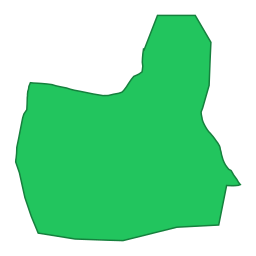 the district of Belle Vue, Gros Islet, Saint Lucia
{"feature_id": "8701671B15632424418996", "entity_name": "Belle Vue", "entity_type": "district", "adm_level": 2, "iso_a3": "LCA", "parent_name": "Saint Lucia", "parent_adm1": "Gros Islet", "projection": "natural_earth1", "projection_center": [-60.943, 14.085], "detail": "fine", "context": "isolated", "style": "filled", "palette": "green", "viewbox_px": 256, "rotation_deg": 0, "n_neighbors": 0, "source": "geoboundaries", "source_scale": "gbopen_adm2", "svg_char_len": 1414}
<svg xmlns="http://www.w3.org/2000/svg" viewBox="0 0 256 256"><path d="M108.7,240.2L123.0,240.6L176.8,227.2L218.7,225.0L226.6,185.5L231.5,185.7L233.7,185.7L235.6,185.6L237.6,185.4L238.1,185.4L240.3,184.6L238.4,182.2L236.9,179.5L235.1,177.0L233.7,175.1L232.3,172.6L231.1,170.6L229.7,169.8L228.7,169.3L226.9,167.0L225.4,164.9L224.0,162.2L222.9,159.5L222.2,157.0L221.5,154.6L221.0,151.9L220.3,149.4L220.0,147.5L219.5,146.0L218.7,144.6L217.7,142.9L216.1,140.8L214.5,138.5L213.0,136.5L211.7,135.0L210.3,133.3L208.8,131.8L207.3,129.8L205.8,127.4L204.8,125.6L203.9,123.8L203.2,122.3L202.6,120.7L202.2,119.3L202.0,117.8L201.7,116.5L201.3,114.4L201.1,112.0L202.6,108.1L209.1,85.4L210.1,59.7L210.9,42.3L195.2,15.4L193.0,15.4L175.2,15.4L157.5,15.4L144.1,49.9L143.5,49.3L142.9,53.5L142.5,57.9L142.3,62.2L142.8,66.2L142.1,71.8L139.4,73.8L136.8,75.1L133.8,76.4L131.4,79.3L128.5,83.6L126.4,86.9L123.6,90.6L121.9,92.2L118.7,93.3L113.2,94.3L108.3,95.5L102.9,95.6L93.3,94.0L80.1,91.3L77.4,90.8L76.9,90.7L74.6,90.3L70.2,89.2L66.6,88.0L60.5,86.8L55.9,85.8L52.0,84.6L47.3,84.0L41.8,83.5L37.0,83.2L33.2,83.0L30.4,82.7L28.9,86.4L28.5,89.2L27.8,91.4L27.6,93.3L27.5,94.0L27.5,96.1L27.3,97.0L27.1,104.0L26.8,109.7L23.9,114.0L22.7,117.8L20.8,127.4L18.9,137.3L16.8,147.4L16.6,153.2L16.1,158.3L15.9,159.2L15.7,162.0L19.4,172.7L24.9,197.5L31.3,216.4L38.2,233.1L75.1,239.0L108.7,240.2Z" fill="#22c55e" stroke="#15803d" stroke-width="1.5"/></svg>